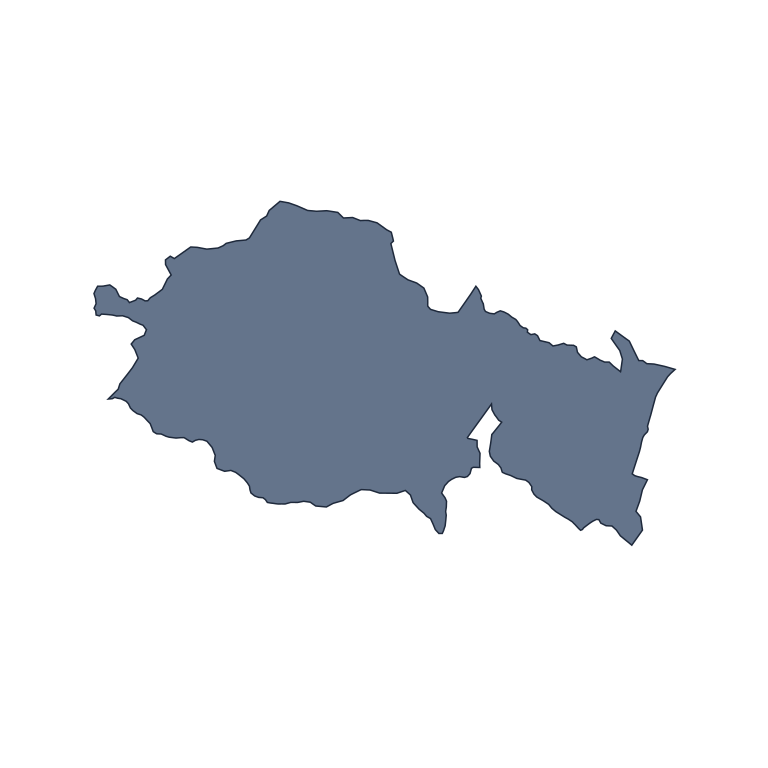 Landero y Coss, Veracruz, Mexico (orthographic projection), rotated 300°
{"feature_id": "50627088B86274665639855", "entity_name": "Landero y Coss", "entity_type": "district", "adm_level": 2, "iso_a3": "MEX", "parent_name": "Mexico", "parent_adm1": "Veracruz", "projection": "orthographic", "projection_center": [-96.854, 19.743], "detail": "fine", "context": "isolated", "style": "filled", "palette": "slate", "viewbox_px": 768, "rotation_deg": 300, "n_neighbors": 0, "source": "geoboundaries", "source_scale": "gbopen_adm2", "svg_char_len": 6040}
<svg xmlns="http://www.w3.org/2000/svg" viewBox="0 0 768 768"><g transform="rotate(300 384 384)"><path d="M542.2,628.8L539.9,619.5L539.5,618.0L536.3,607.9L535.2,605.7L533.0,601.4L533.3,599.3L533.6,596.4L532.5,594.4L531.7,592.9L537.8,583.8L543.8,575.0L543.9,574.1L544.2,570.7L545.6,557.7L543.5,557.8L542.4,557.8L537.1,558.0L535.4,561.6L532.7,567.4L530.9,571.4L527.2,575.4L524.9,577.9L524.8,578.0L513.6,582.5L512.9,582.7L513.6,577.9L514.2,573.6L515.6,568.1L515.1,567.3L513.9,565.2L513.3,564.2L513.0,561.3L512.7,559.3L512.8,556.8L512.8,552.8L512.4,552.4L510.4,551.1L506.4,547.6L506.4,545.4L506.2,541.3L507.2,538.5L508.2,535.7L512.3,532.0L512.3,528.8L511.1,526.6L509.2,523.0L509.1,519.3L505.5,515.9L505.1,515.6L501.4,511.3L502.0,508.0L502.3,506.3L500.2,499.3L499.6,497.3L502.6,492.8L502.8,489.5L502.6,489.3L500.2,486.5L500.5,482.7L500.5,482.3L502.8,481.3L503.1,479.9L503.3,478.9L502.9,478.0L502.3,476.5L502.7,472.5L503.3,471.5L504.6,468.9L505.1,467.8L505.8,465.8L505.8,461.2L506.6,456.7L506.4,452.3L506.2,451.1L505.8,449.4L505.5,448.1L502.4,445.8L499.9,444.5L498.1,440.2L497.6,436.3L497.6,435.5L498.9,433.3L502.6,430.3L503.1,429.9L504.1,428.4L506.7,424.9L508.0,424.6L508.8,424.4L513.0,418.6L514.6,414.7L505.1,414.2L498.1,413.6L497.9,413.6L488.8,412.8L484.3,412.4L483.1,412.3L481.8,410.6L478.1,405.4L478.0,405.1L473.7,394.8L471.9,387.0L473.2,383.1L474.7,382.1L476.2,381.3L481.2,378.3L487.0,370.6L487.8,361.9L486.2,352.7L486.6,346.3L486.9,342.6L488.0,341.3L496.5,331.8L509.1,319.7L512.5,320.7L514.8,318.6L518.4,315.1L519.1,314.4L518.9,309.1L520.1,297.5L520.1,297.3L519.4,294.7L518.6,291.6L517.8,288.6L515.8,285.1L513.7,281.8L513.5,280.4L512.5,273.6L507.5,265.9L508.0,263.9L509.5,258.2L506.3,249.9L505.4,247.7L499.8,239.1L498.4,236.0L496.1,231.1L494.8,219.4L494.2,216.2L493.2,210.9L490.2,202.6L486.6,201.3L476.9,197.8L470.8,198.4L464.3,195.0L462.8,195.0L443.2,194.4L439.7,192.5L434.0,184.4L426.9,177.0L423.4,175.6L418.8,172.3L412.2,163.1L409.0,154.0L406.0,148.1L387.8,139.7L387.8,135.0L382.2,132.7L378.2,135.1L372.0,145.2L366.7,143.9L356.5,144.6L355.2,144.7L354.0,144.2L346.8,141.1L346.7,141.1L341.9,138.5L340.4,138.2L338.0,137.8L337.4,136.9L336.5,135.5L336.5,134.3L336.4,131.5L335.4,128.1L335.2,127.5L332.4,127.0L327.2,122.8L327.4,122.5L328.6,119.4L327.9,115.9L327.5,111.7L327.5,111.1L328.6,109.4L332.0,104.3L332.0,103.9L332.3,101.4L332.7,97.0L329.0,92.6L328.2,91.7L325.5,87.1L320.8,87.2L317.3,87.6L313.7,91.5L309.6,94.5L304.7,95.0L303.2,97.8L300.9,99.4L299.8,100.2L300.7,103.5L303.3,104.4L303.7,105.2L305.4,108.7L305.9,109.8L307.9,114.2L308.7,116.7L309.2,118.5L312.4,123.5L313.1,126.8L313.7,129.4L313.0,134.7L313.4,137.3L313.6,138.6L313.9,143.1L314.4,145.8L314.1,146.7L312.3,150.9L312.3,151.1L306.3,152.0L305.7,151.6L297.7,146.0L292.2,145.1L289.2,151.0L283.5,158.2L272.3,158.0L263.9,156.9L252.1,155.2L246.6,156.4L243.2,155.4L233.1,152.7L235.3,155.9L235.5,156.1L237.8,157.5L238.5,160.4L239.7,163.5L240.1,169.2L240.1,169.4L239.7,170.7L239.1,172.6L236.4,176.4L236.3,176.8L235.6,179.3L235.4,180.2L234.9,185.0L235.8,189.1L235.6,190.9L235.3,192.9L233.9,197.4L232.8,201.3L231.2,203.3L230.0,204.8L227.4,207.9L227.3,209.0L227.2,212.0L229.3,216.1L229.7,220.6L229.7,221.1L230.5,224.5L231.3,226.4L233.2,230.9L235.9,234.8L237.6,237.7L237.4,243.5L237.9,247.1L240.9,248.8L243.4,251.4L245.1,254.9L245.9,259.3L243.1,266.9L238.6,272.5L237.9,273.5L232.2,275.8L228.2,280.6L227.4,281.6L228.6,289.0L228.7,289.6L232.6,294.6L233.3,299.6L233.3,299.9L232.9,303.5L232.4,306.8L231.9,310.1L230.1,315.0L228.3,318.5L225.3,320.9L223.1,323.3L222.9,324.7L222.4,327.9L222.4,328.1L223.1,332.1L225.0,336.1L224.8,337.4L224.6,339.1L223.1,342.2L224.3,345.5L225.1,347.3L226.2,350.1L227.2,352.4L228.7,354.9L230.7,358.4L234.8,362.4L236.3,365.0L238.3,368.5L242.2,373.0L242.4,373.4L243.9,377.1L244.8,379.3L244.5,382.1L244.2,385.9L248.7,395.6L249.2,395.9L253.6,398.6L255.3,399.7L258.3,402.6L262.6,406.8L270.1,409.9L271.4,410.5L274.0,412.2L281.1,417.0L281.6,417.9L285.0,424.5L285.2,424.8L287.3,434.7L292.4,443.7L295.8,449.8L302.5,455.7L301.1,462.4L299.7,464.0L295.9,468.4L295.5,469.4L293.4,476.0L293.2,476.6L293.1,477.0L292.1,483.2L290.7,487.1L290.7,489.6L290.7,491.6L287.3,496.4L283.6,501.2L283.3,502.1L282.0,506.3L283.7,509.2L286.8,508.9L289.1,508.4L291.7,507.9L297.4,505.4L299.3,504.5L301.5,503.5L304.3,501.2L306.0,500.5L308.6,499.5L312.3,497.5L313.7,496.8L315.0,495.1L316.0,493.7L318.4,488.4L321.8,488.0L326.4,487.4L328.0,487.8L329.9,488.2L331.8,488.6L335.2,490.2L339.1,492.8L341.6,495.8L342.0,496.8L342.1,497.1L343.3,500.4L345.6,502.5L349.4,503.3L354.7,501.9L355.9,502.6L356.4,502.9L356.8,503.5L359.6,508.7L362.8,506.7L365.6,505.2L367.3,504.3L372.0,501.8L376.1,496.1L379.5,494.1L381.7,492.8L381.4,491.7L380.3,488.2L378.8,483.8L379.2,483.2L379.3,483.0L384.9,483.5L389.9,484.0L407.4,485.8L420.4,487.1L415.7,490.4L412.8,495.1L412.7,495.2L411.6,497.9L410.0,501.4L409.8,505.0L405.9,504.5L401.4,503.8L396.2,503.0L394.2,502.6L389.2,504.7L386.0,506.0L381.8,507.6L378.3,508.9L374.6,512.2L372.1,517.6L371.7,521.3L371.4,523.6L371.0,524.3L369.8,527.2L368.4,528.7L367.2,530.0L366.7,530.7L367.0,534.1L367.2,535.1L367.9,538.5L368.1,539.6L368.6,546.2L370.5,551.7L371.6,554.7L371.2,558.7L369.0,563.3L366.2,564.8L363.6,568.9L362.5,572.8L362.5,580.6L362.1,586.8L361.3,588.9L360.3,591.5L359.4,596.6L359.0,607.3L359.1,611.1L358.8,616.1L358.2,618.0L357.8,619.7L357.7,620.0L356.5,623.8L356.2,624.7L355.6,627.4L357.2,628.6L359.2,628.8L365.0,631.2L367.6,632.4L369.7,633.5L372.9,635.6L374.0,637.9L371.9,641.4L372.0,642.4L372.3,647.2L375.0,652.4L373.7,658.3L373.0,659.8L370.7,664.6L368.3,679.2L368.7,679.2L374.9,679.8L386.7,680.9L390.4,678.0L397.2,672.6L399.7,665.9L410.5,664.0L421.6,660.7L425.0,660.5L432.8,660.0L431.8,653.9L430.6,649.8L430.0,647.0L430.2,644.9L430.3,643.9L444.2,640.9L453.2,639.0L457.5,637.8L462.4,636.1L467.0,634.9L470.0,634.9L474.3,636.0L476.9,635.4L479.2,633.3L488.0,631.1L489.2,630.8L489.8,630.7L495.0,629.3L500.5,627.8L502.5,627.3L508.5,625.7L511.1,625.5L512.7,625.3L521.6,625.6L532.1,626.0L532.5,626.1L536.5,627.0L542.2,628.8Z" fill="#64748b" stroke="#1e293b" stroke-width="1.5"/></g></svg>